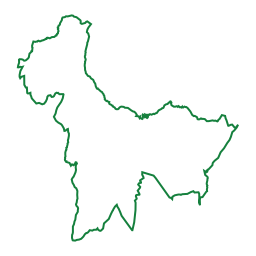 Chiquinquirá, Boyacá, Colombia
{"feature_id": "7082276B335573977446", "entity_name": "Chiquinquirá", "entity_type": "district", "adm_level": 2, "iso_a3": "COL", "parent_name": "Colombia", "parent_adm1": "Boyacá", "projection": "equal_earth", "projection_center": [-73.82, 5.627], "detail": "fine", "context": "isolated", "style": "outline", "palette": "green", "viewbox_px": 256, "rotation_deg": 0, "n_neighbors": 0, "source": "geoboundaries", "source_scale": "gbopen_adm2", "svg_char_len": 5699}
<svg xmlns="http://www.w3.org/2000/svg" viewBox="0 0 256 256"><path d="M33.4,41.5L32.1,45.6L32.2,47.5L32.5,47.7L32.1,51.2L31.4,51.2L31.2,52.0L29.5,53.6L28.8,57.3L28.1,58.4L26.0,60.2L25.0,60.6L24.1,60.7L22.8,59.6L21.6,59.3L19.6,59.2L19.0,59.7L19.1,62.7L18.2,65.4L17.9,67.3L18.7,67.4L20.2,66.8L21.5,67.1L22.6,66.8L20.4,71.0L19.6,74.9L19.6,76.9L20.2,78.2L21.4,76.8L24.2,75.9L24.3,84.8L25.8,87.5L26.9,87.5L27.2,92.9L27.7,93.4L28.8,93.4L30.4,92.8L30.5,94.9L31.1,96.1L31.8,98.4L36.3,103.5L39.1,102.9L42.2,104.3L44.3,103.6L45.1,102.3L45.7,101.8L47.0,98.9L47.4,96.7L48.3,95.6L50.5,95.2L51.6,96.9L53.0,96.8L53.9,96.2L55.3,93.5L56.6,92.7L57.7,93.1L58.1,92.9L59.4,94.2L63.2,94.1L63.5,94.4L62.8,98.0L62.4,99.1L61.2,101.8L57.3,107.5L56.3,110.3L55.6,113.5L53.9,116.8L56.0,120.7L58.3,122.6L61.1,124.2L62.0,125.2L63.8,128.3L64.4,130.9L65.5,130.7L66.9,129.4L67.9,129.0L68.2,132.0L68.9,133.5L68.9,135.8L68.3,139.0L67.9,140.2L68.2,142.5L67.5,143.5L67.6,144.5L67.1,146.1L67.0,147.2L66.3,147.7L66.5,149.1L66.1,149.6L66.2,150.2L65.7,150.9L65.3,152.6L65.3,155.0L65.5,156.3L65.0,157.4L65.2,158.2L64.9,159.2L65.1,160.5L65.7,161.0L66.0,161.6L66.4,161.5L66.4,162.0L69.5,162.9L70.9,165.7L71.9,164.4L72.6,164.5L73.3,165.2L74.1,164.6L74.5,164.7L75.6,162.3L76.2,162.4L76.2,162.8L76.6,162.9L76.9,163.6L76.0,164.9L75.8,165.8L75.7,167.3L76.0,170.0L75.5,172.3L73.6,176.7L72.9,177.4L71.7,179.4L72.5,182.8L73.8,184.9L74.7,187.1L76.3,188.3L77.4,191.0L77.2,194.9L77.5,198.6L77.0,200.1L76.7,202.5L76.0,204.3L76.4,205.7L77.8,207.3L78.1,208.3L77.8,210.4L77.8,211.8L75.9,215.0L75.3,219.7L74.5,221.4L74.0,224.1L72.9,226.5L72.9,232.2L72.6,233.8L72.1,234.9L72.0,237.9L72.7,240.3L72.9,240.4L75.2,240.6L76.8,239.9L79.0,239.6L81.2,238.8L83.4,236.6L84.9,234.2L86.3,233.0L86.8,233.1L88.1,232.3L89.7,230.2L92.4,230.6L93.7,229.8L96.3,229.7L97.5,228.4L98.0,229.6L99.6,230.7L100.6,230.8L101.3,230.3L103.1,228.5L104.0,223.4L108.8,219.0L111.1,213.7L112.5,210.9L113.0,210.4L113.2,209.6L115.0,206.6L116.8,204.8L117.6,207.1L118.6,208.5L120.2,212.1L121.6,215.8L131.2,229.0L132.1,230.2L132.4,230.2L134.2,222.3L135.5,210.1L135.6,202.7L134.9,200.6L136.6,198.9L136.7,198.5L135.9,196.4L136.0,195.4L136.8,194.9L139.4,194.7L139.5,194.5L139.3,193.6L137.7,190.7L140.0,187.7L140.2,186.9L138.2,184.6L138.8,183.4L141.0,182.7L141.0,182.1L140.2,181.2L140.1,180.4L143.6,178.0L143.3,176.8L142.2,174.7L142.3,172.2L153.6,175.6L155.6,178.0L169.5,197.5L171.0,197.9L172.2,199.1L172.5,196.7L174.8,195.3L178.5,194.5L180.8,194.6L181.0,194.8L182.3,194.2L187.4,193.9L190.8,192.1L193.4,191.2L194.5,192.5L198.5,192.3L199.2,193.8L199.3,198.0L199.0,200.4L199.0,202.7L200.0,205.2L199.8,200.0L200.2,197.7L200.7,197.3L202.5,197.1L206.3,191.7L207.1,191.2L206.9,189.4L207.3,187.4L207.0,186.2L207.4,185.6L206.8,184.4L206.7,183.3L207.4,180.2L207.4,178.9L207.7,178.5L207.7,177.4L207.4,176.8L205.2,174.9L204.3,170.9L206.1,172.1L206.6,170.9L207.3,171.4L207.8,169.6L208.4,169.5L212.4,165.2L212.7,163.2L213.1,162.5L214.7,160.7L218.2,157.9L220.6,152.3L224.0,148.3L227.3,142.9L229.5,140.0L230.9,136.8L232.3,132.1L234.3,130.4L236.7,127.5L238.1,124.7L236.2,127.2L235.2,127.8L234.5,127.4L232.2,124.6L230.7,124.8L228.7,125.8L228.2,125.7L226.5,120.3L225.6,118.3L225.1,115.9L221.9,115.1L219.5,119.0L218.4,119.8L217.8,121.1L217.3,121.4L215.4,120.6L214.1,120.8L212.5,120.4L209.0,121.1L206.8,121.1L204.8,119.1L202.7,118.8L202.0,119.0L201.0,118.4L199.5,119.3L198.1,119.4L197.5,119.0L197.4,118.4L196.9,117.1L194.7,115.9L193.8,116.1L192.2,114.9L190.4,111.5L187.5,107.9L186.2,107.0L185.6,107.1L184.4,106.6L183.1,107.5L182.5,107.0L182.2,107.2L182.1,106.8L181.5,107.5L180.9,107.1L179.9,107.3L178.6,106.1L177.8,106.9L176.9,106.2L175.1,106.7L173.9,106.7L171.5,105.2L171.1,103.7L171.4,102.5L170.6,101.4L170.1,101.5L169.5,102.5L168.7,102.6L167.6,104.0L166.1,104.3L164.4,105.4L163.5,107.7L163.1,108.0L162.1,108.2L161.5,108.9L158.7,110.3L156.7,113.1L155.8,113.2L154.4,114.1L153.5,113.8L151.5,114.7L150.1,114.2L149.4,114.3L149.1,114.9L147.3,114.8L147.3,115.1L148.0,116.5L147.8,117.4L147.1,118.0L146.4,117.5L146.4,117.1L147.1,116.0L146.4,115.1L145.4,114.6L145.8,116.1L144.8,117.1L143.3,114.8L142.8,114.5L142.5,115.1L143.0,115.7L143.0,117.2L142.6,118.7L142.2,119.0L140.7,118.2L140.3,116.6L140.0,116.9L140.0,118.0L139.7,118.3L138.7,116.3L136.2,116.1L136.8,115.2L136.8,114.8L135.4,112.7L134.2,111.7L133.1,111.5L131.4,110.5L127.9,107.9L124.8,107.7L123.8,106.9L121.5,106.6L120.4,106.9L119.2,107.8L118.8,108.6L117.9,109.2L116.4,109.2L115.5,108.8L114.7,107.5L113.0,106.6L112.7,105.7L112.0,105.6L111.4,104.9L109.5,104.0L109.0,102.8L109.3,102.0L107.1,101.2L107.0,100.9L106.4,101.0L105.1,99.8L104.7,99.2L104.9,98.3L104.4,97.3L104.3,95.8L103.7,95.1L103.6,94.3L102.6,93.2L102.2,92.2L100.8,91.4L98.6,89.3L98.1,89.1L97.8,88.5L97.1,88.7L96.8,88.4L95.8,86.4L95.2,83.5L94.3,82.4L93.2,79.8L91.0,78.4L89.9,76.6L87.8,75.8L86.7,74.1L85.9,73.3L85.6,71.4L85.1,70.1L85.0,67.6L84.7,65.9L84.8,63.7L85.1,63.0L85.0,61.6L85.4,60.9L85.7,59.3L84.9,57.2L84.9,56.0L85.3,55.3L85.4,53.1L85.7,52.4L85.4,51.6L85.8,49.7L87.2,44.3L87.3,42.6L87.9,41.5L89.1,36.6L88.2,33.4L86.9,32.2L86.9,31.7L87.4,29.5L88.5,27.4L91.0,24.1L87.3,21.4L86.2,21.8L85.3,22.9L82.3,23.8L81.5,23.8L80.6,23.1L80.7,21.0L80.3,20.2L76.5,17.2L73.9,16.6L73.1,15.7L71.7,15.4L67.8,16.4L66.0,16.3L64.9,17.1L62.6,17.5L62.1,18.4L61.8,20.2L60.0,23.3L59.9,24.5L59.2,25.4L58.6,25.6L58.3,26.9L57.8,27.3L58.1,27.7L57.9,28.5L58.2,28.7L57.9,29.4L58.3,30.1L58.5,31.2L58.1,31.8L57.9,33.4L57.1,33.8L57.0,34.6L56.4,34.9L56.3,35.6L55.6,35.7L54.4,36.9L51.9,37.1L49.8,38.3L47.7,37.7L47.3,38.0L46.8,37.9L46.6,38.1L46.7,38.7L46.3,39.0L45.4,39.0L44.7,39.7L43.2,40.1L42.9,40.4L41.5,40.6L40.7,41.2L39.7,41.3L38.5,40.7L37.9,40.9L37.4,41.5L36.5,41.5L35.4,41.9L33.4,41.5Z" fill="none" stroke="#15803d" stroke-width="2"/></svg>